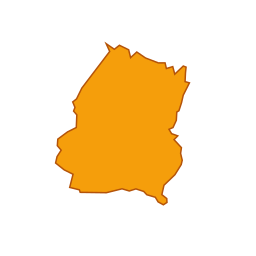 outline of Amherst, Virginia, United States of America, rotated 241°
{"feature_id": "52423323B69498607463637", "entity_name": "Amherst", "entity_type": "district", "adm_level": 2, "iso_a3": "USA", "parent_name": "United States of America", "parent_adm1": "Virginia", "projection": "mercator", "projection_center": [-79.163, 37.6], "detail": "fine", "context": "isolated", "style": "filled", "palette": "amber", "viewbox_px": 256, "rotation_deg": 241, "n_neighbors": 0, "source": "geoboundaries", "source_scale": "gbopen_adm2", "svg_char_len": 909}
<svg xmlns="http://www.w3.org/2000/svg" viewBox="0 0 256 256"><g transform="rotate(241 128 128)"><path d="M148.2,204.9L153.1,208.3L155.4,206.4L152.4,195.0L160.0,196.9L161.4,190.4L167.0,192.0L170.2,186.1L180.7,177.3L190.2,172.5L188.3,164.4L196.1,166.5L204.5,160.6L203.5,154.2L212.3,149.8L203.8,149.1L185.3,107.0L178.4,97.1L177.6,92.3L171.7,91.6L169.2,88.6L164.3,89.6L153.5,83.0L153.9,73.2L152.3,61.2L146.8,57.6L141.0,58.8L137.4,52.1L132.5,47.7L122.3,51.9L114.2,57.5L104.3,48.2L97.5,55.5L94.9,55.0L81.9,77.7L77.7,93.3L72.3,98.6L70.9,105.4L64.9,111.0L60.5,112.1L54.2,118.3L48.8,118.5L43.7,121.7L44.0,126.0L47.5,127.7L53.3,125.3L60.5,131.7L64.4,146.4L70.2,156.8L73.5,159.8L80.3,161.7L84.9,165.2L95.5,162.6L97.0,167.7L101.9,163.4L107.0,163.2L106.6,167.6L111.3,174.0L118.3,178.4L118.4,180.9L124.2,187.1L129.9,192.2L137.7,203.6L140.9,200.4L148.2,204.9Z" fill="#f59e0b" stroke="#b45309" stroke-width="1.5"/></g></svg>